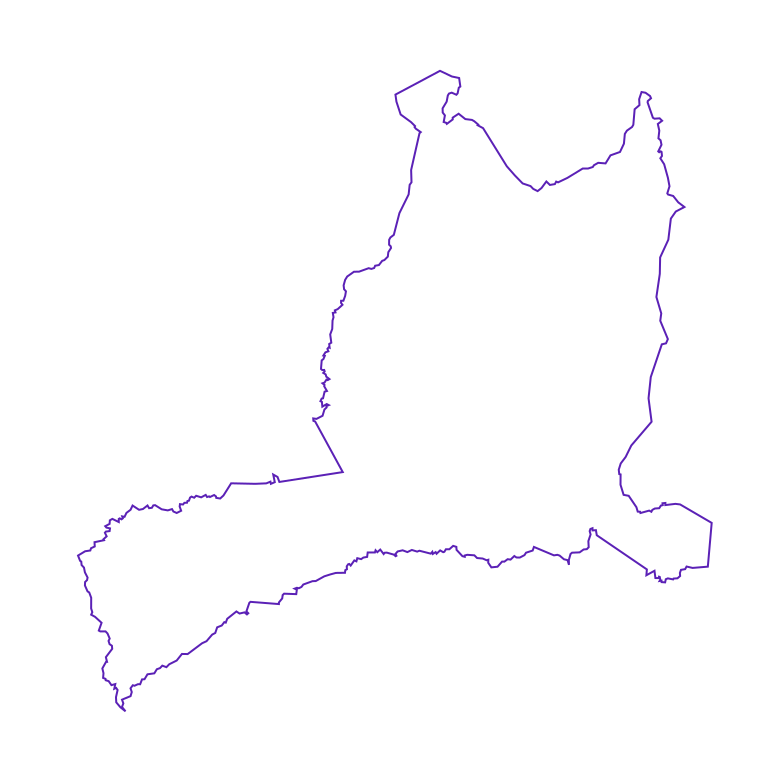 the district of Los Reyes, Michoacán, Mexico, rotated 356°
{"feature_id": "50627088B42004114063605", "entity_name": "Los Reyes", "entity_type": "district", "adm_level": 2, "iso_a3": "MEX", "parent_name": "Mexico", "parent_adm1": "Michoacán", "projection": "orthographic", "projection_center": [-102.401, 19.663], "detail": "fine", "context": "isolated", "style": "outline", "palette": "violet", "viewbox_px": 768, "rotation_deg": 356, "n_neighbors": 0, "source": "geoboundaries", "source_scale": "gbopen_adm2", "svg_char_len": 6101}
<svg xmlns="http://www.w3.org/2000/svg" viewBox="0 0 768 768"><g transform="rotate(356 384 384)"><path d="M103.3,692.5L100.1,687.9L101.7,684.4L100.6,680.6L109.4,677.7L110.9,673.7L109.9,669.9L112.4,667.0L114.1,667.6L117.6,666.3L119.8,666.5L122.0,661.8L124.5,661.8L127.8,657.1L134.7,656.6L137.5,652.7L140.7,651.8L143.2,649.5L147.2,651.3L150.2,648.6L157.9,645.4L163.6,639.2L169.3,639.7L184.5,629.9L189.0,628.2L195.1,622.0L198.3,620.6L200.6,615.1L205.3,613.6L208.1,610.4L209.5,611.0L211.2,607.3L220.9,600.6L223.9,602.9L228.9,602.1L231.2,604.3L232.6,603.2L230.9,601.2L234.4,592.9L235.6,592.0L263.8,596.2L263.9,594.6L267.5,590.8L268.2,587.5L269.7,586.2L281.8,587.5L282.7,583.1L280.6,581.9L282.9,581.2L284.8,581.8L287.5,580.7L289.5,578.4L298.9,575.7L302.2,575.8L311.0,571.7L317.2,570.2L322.8,569.1L331.9,569.6L332.4,567.0L334.1,566.2L334.1,563.3L335.7,561.3L336.8,561.1L338.1,562.8L342.1,557.9L344.1,559.0L345.2,555.9L349.0,557.1L351.3,555.7L355.1,555.3L356.0,550.9L363.2,551.4L364.0,549.3L365.6,551.3L368.7,548.9L371.8,553.6L372.8,552.4L375.0,552.4L381.9,554.9L383.6,556.6L384.4,556.2L383.6,554.3L385.9,552.0L391.0,551.2L395.6,553.3L400.2,551.5L405.4,553.5L407.7,552.8L418.8,556.5L420.5,554.8L420.9,556.9L423.8,555.3L424.6,557.0L428.4,553.9L431.3,555.9L432.5,555.6L434.2,553.2L437.7,553.4L441.7,550.3L444.8,551.5L444.8,554.5L450.2,561.2L452.5,562.0L452.6,560.7L455.1,560.2L462.2,561.2L464.7,564.1L470.3,565.0L474.1,567.0L475.8,566.6L475.5,569.6L478.3,574.4L484.5,574.2L489.4,569.4L491.7,569.6L495.1,567.4L498.0,568.0L502.0,564.7L504.0,566.3L507.4,566.6L512.2,564.5L513.9,562.2L520.7,560.5L522.2,557.0L541.6,566.8L545.0,566.5L547.2,567.4L551.3,571.4L554.8,572.5L555.9,577.3L556.1,572.5L558.2,566.6L559.8,565.4L567.4,565.6L571.6,563.0L574.8,562.9L576.8,561.1L576.9,555.0L579.6,548.5L578.9,545.1L579.8,543.0L581.9,542.4L581.8,544.6L585.2,544.6L585.7,549.7L633.3,587.3L632.4,593.1L640.8,589.2L641.2,596.5L644.5,596.8L644.9,595.4L645.6,595.7L646.0,598.5L645.2,599.7L647.1,599.5L647.1,601.0L650.6,601.5L651.5,598.4L653.6,597.7L658.8,599.1L659.3,598.3L663.2,598.3L666.0,596.2L666.0,593.1L667.3,590.1L671.5,589.7L673.1,587.2L679.0,589.0L694.3,588.8L701.2,545.4L671.0,524.8L666.3,523.9L656.2,524.4L656.4,522.3L653.5,522.4L653.6,524.3L651.7,524.6L649.9,527.1L645.5,527.1L642.9,528.3L641.8,530.1L639.7,528.8L630.8,530.6L630.5,529.3L628.2,529.0L627.2,524.5L620.3,512.6L615.3,511.3L612.9,501.0L613.7,490.7L612.4,490.3L612.2,485.9L614.6,479.8L620.0,473.6L626.4,462.6L648.3,440.3L646.9,416.7L650.6,395.7L663.9,363.8L668.2,363.1L670.3,359.0L664.0,340.2L665.5,332.9L661.8,316.2L666.8,293.4L668.3,277.0L677.7,259.9L681.7,239.0L687.1,232.3L696.0,228.4L690.2,223.3L685.6,216.6L680.6,214.8L679.9,213.6L682.6,206.7L681.6,198.1L678.8,184.3L675.4,178.1L677.2,175.9L677.1,171.9L676.3,171.2L674.7,172.0L673.8,171.1L677.5,164.7L676.9,160.2L674.9,158.1L676.3,150.5L675.3,143.7L679.8,140.8L677.5,138.2L672.3,138.2L670.8,137.1L666.6,121.5L666.9,120.1L670.3,117.6L669.5,115.3L665.2,111.7L661.3,110.7L658.4,117.7L658.3,123.6L653.2,127.4L650.8,142.8L649.4,144.9L644.0,148.2L641.7,151.3L640.1,161.0L635.6,169.0L625.9,171.7L620.4,179.4L613.1,178.3L608.7,180.4L607.4,182.1L602.5,183.3L597.3,182.9L581.3,191.2L571.7,195.0L569.9,194.1L568.4,196.5L563.4,197.0L560.1,193.3L554.8,199.5L550.7,202.3L546.5,199.8L544.0,196.8L536.3,193.6L529.1,185.1L521.7,175.4L500.7,135.7L495.5,132.4L496.1,131.8L492.4,128.2L490.2,126.7L483.6,125.4L477.3,119.6L471.1,123.1L471.0,124.9L464.8,128.9L464.3,127.8L461.8,126.8L463.5,120.3L461.5,117.3L461.7,113.1L466.2,106.7L467.8,100.6L469.1,98.8L471.9,98.1L476.4,100.5L477.7,99.2L479.3,93.6L480.9,92.6L480.3,84.0L473.2,82.0L461.7,75.5L415.6,96.1L416.1,103.2L419.4,116.3L429.2,124.6L433.0,128.9L432.4,129.8L433.5,131.5L438.2,135.3L436.9,136.3L426.0,172.4L425.5,184.7L423.5,187.1L421.8,196.6L411.3,214.6L404.2,235.9L400.6,238.3L399.2,240.5L398.8,245.4L400.3,247.1L400.5,248.8L397.5,252.8L396.7,257.2L393.0,260.4L390.8,261.0L387.2,265.0L383.4,265.4L382.3,267.6L379.4,268.3L376.8,267.4L366.9,270.2L361.9,269.9L354.8,274.2L352.5,277.4L350.6,282.8L350.8,286.7L352.5,288.9L351.4,293.4L349.3,298.1L347.0,298.0L346.8,300.1L348.1,302.1L343.0,306.1L340.1,307.1L340.6,309.2L337.9,309.5L338.3,313.9L337.1,317.1L336.2,325.5L333.8,330.8L334.3,339.1L332.1,340.3L332.3,344.0L331.4,343.5L330.0,345.0L330.8,347.5L327.8,348.3L325.5,351.4L326.9,351.8L325.3,354.9L323.5,356.1L322.2,364.6L323.4,365.8L325.3,365.8L325.7,367.3L324.2,368.7L326.5,370.4L326.9,372.6L329.9,375.3L328.1,376.2L326.9,375.6L324.8,378.4L322.7,379.0L324.6,380.8L324.2,382.1L326.6,387.0L324.2,387.5L322.2,394.0L320.8,394.2L319.4,396.7L320.8,397.5L320.9,402.3L325.4,400.0L327.4,401.2L325.0,402.0L325.1,403.4L322.8,405.3L320.5,411.4L314.2,414.1L311.0,413.4L311.0,415.8L312.7,416.6L336.7,469.0L272.8,474.4L271.3,469.3L267.2,466.6L268.2,474.3L264.2,475.7L263.9,473.5L259.7,474.9L248.6,474.6L224.6,472.4L216.1,484.0L212.6,486.8L208.7,485.9L208.6,484.5L206.8,482.9L202.5,484.6L201.7,483.9L199.6,484.4L198.4,482.2L193.7,484.3L188.8,482.4L186.7,484.2L184.1,482.9L182.6,483.8L181.3,486.8L179.8,487.0L179.2,488.7L176.6,488.6L175.1,490.2L172.1,489.6L171.6,492.0L172.8,496.3L168.2,498.2L165.0,496.5L163.8,494.0L159.5,495.0L153.5,493.5L147.2,488.9L145.4,489.0L143.8,491.3L141.0,491.5L139.6,488.7L134.8,491.9L130.9,492.4L124.7,487.7L122.4,491.8L118.1,494.6L115.9,498.4L113.6,497.8L114.1,499.8L112.7,500.7L111.0,499.6L110.0,500.1L109.8,503.2L103.6,499.6L101.0,500.9L100.5,504.4L96.0,506.4L97.1,507.9L100.6,508.9L100.0,511.6L96.3,511.8L95.2,512.9L96.7,516.6L93.3,519.3L93.8,520.3L84.2,521.6L84.1,525.9L80.3,527.4L79.4,529.6L74.2,530.0L66.8,533.8L68.5,539.2L69.6,540.0L69.7,543.5L71.9,546.2L72.5,551.0L74.8,556.4L74.1,558.9L72.0,560.7L71.6,564.1L73.8,570.2L75.4,571.4L77.0,576.8L76.2,587.5L77.1,591.3L75.8,593.7L79.5,596.1L85.6,602.5L82.3,610.1L83.7,611.0L89.0,611.4L90.8,613.6L92.6,618.8L91.3,621.1L92.1,624.4L94.3,626.1L94.4,629.2L87.5,637.1L88.3,641.8L87.4,641.7L83.2,648.1L84.0,652.9L83.3,657.6L85.6,658.7L85.7,660.1L88.6,661.2L91.1,665.4L95.0,664.6L93.7,669.2L95.6,668.5L96.9,670.7L94.8,677.7L94.7,682.9L98.5,688.1L103.3,692.5Z" fill="none" stroke="#5b21b6" stroke-width="2"/></g></svg>